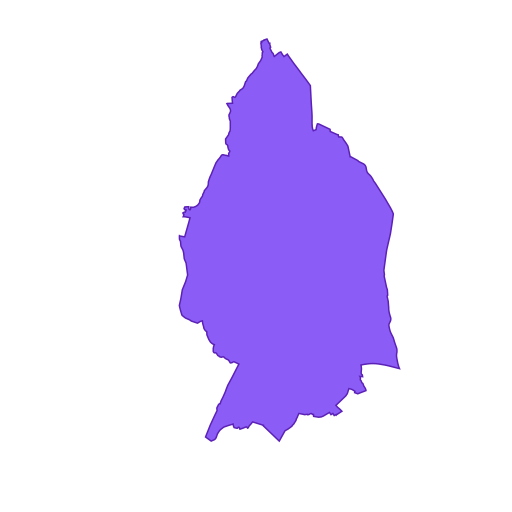 the district of Tomesti, Iasi, Romania, rotated 57°
{"feature_id": "2599482B1049926597477", "entity_name": "Tomesti", "entity_type": "district", "adm_level": 2, "iso_a3": "ROU", "parent_name": "Romania", "parent_adm1": "Iasi", "projection": "mercator", "projection_center": [27.701, 47.108], "detail": "fine", "context": "isolated", "style": "filled", "palette": "violet", "viewbox_px": 512, "rotation_deg": 57, "n_neighbors": 0, "source": "geoboundaries", "source_scale": "gbopen_adm2", "svg_char_len": 6083}
<svg xmlns="http://www.w3.org/2000/svg" viewBox="0 0 512 512"><g transform="rotate(57 256 256)"><path d="M428.8,237.1L428.2,236.8L426.6,236.4L423.7,236.4L421.2,235.8L420.8,235.9L420.1,236.2L419.1,236.1L418.2,235.8L416.9,236.0L416.6,235.9L416.3,235.6L414.8,234.7L414.1,234.4L413.6,234.4L415.3,232.3L413.6,231.6L412.5,231.9L411.7,231.7L410.6,231.0L410.0,230.5L408.5,229.3L407.4,228.6L404.6,227.3L405.8,224.3L407.2,221.3L408.2,219.3L409.9,216.5L411.6,214.1L413.3,212.0L417.6,207.3L418.0,206.9L419.2,205.7L421.2,203.8L428.6,197.0L426.6,196.6L423.1,195.5L421.4,194.8L418.9,193.8L416.5,192.7L414.8,191.5L413.4,190.2L411.8,189.1L410.1,188.3L404.4,186.9L399.3,185.4L393.9,184.8L391.6,184.3L388.7,183.3L386.4,182.3L385.5,181.5L383.8,178.7L383.0,177.8L381.9,177.0L380.7,176.5L379.0,176.1L375.7,175.0L373.1,173.8L371.7,172.9L366.0,169.8L361.4,168.1L360.9,167.8L360.8,167.1L360.1,166.6L355.8,164.2L353.4,163.6L342.5,159.4L341.7,158.5L337.7,156.6L323.9,144.7L321.6,142.6L310.5,131.1L302.8,124.2L296.0,118.3L295.4,117.9L292.9,117.4L289.0,117.0L278.5,116.5L260.2,116.3L257.4,116.5L254.9,116.2L251.9,116.2L250.5,116.4L247.9,117.0L246.9,117.1L245.7,117.0L244.9,116.8L241.8,115.5L240.8,115.2L239.7,115.1L238.6,115.2L237.4,115.6L232.9,118.3L231.9,118.6L231.5,118.6L224.3,122.5L224.1,123.0L215.0,119.5L213.9,119.1L210.6,119.0L206.5,119.2L204.0,119.1L202.9,119.3L201.1,121.8L199.1,121.0L198.2,121.9L192.0,125.9L190.1,124.9L179.5,131.4L178.7,132.3L178.7,132.8L179.1,133.1L179.9,134.1L181.0,135.3L181.9,136.1L182.5,136.5L182.7,136.9L182.2,139.7L180.3,139.3L177.9,138.3L176.8,137.6L175.8,137.1L169.2,132.8L166.5,131.2L157.2,126.0L142.7,117.6L134.9,118.0L127.1,118.6L124.5,118.7L115.1,119.4L106.1,119.8L103.7,119.8L104.0,123.9L101.8,124.1L98.4,124.0L98.0,125.8L98.5,130.6L98.6,132.0L97.9,132.0L95.9,131.4L95.1,131.4L94.6,131.5L94.4,131.7L94.2,131.7L89.7,131.2L89.3,131.1L89.0,130.8L88.9,130.0L86.6,129.4L86.0,129.2L85.1,128.5L84.6,129.2L80.0,128.6L79.2,131.7L79.5,131.8L78.9,134.8L80.1,135.0L80.0,135.9L83.4,137.5L83.6,137.9L86.2,138.8L88.6,139.0L88.9,140.0L90.8,141.3L91.1,141.7L92.6,142.5L94.6,145.6L96.1,149.4L96.5,149.9L97.8,151.6L98.7,153.3L99.0,153.9L99.5,156.2L100.8,160.1L100.7,160.9L101.7,164.4L102.3,166.1L104.0,168.6L104.1,169.7L107.2,173.6L107.6,174.5L108.0,175.2L108.2,176.1L108.3,177.2L108.2,178.9L108.4,179.4L108.8,180.4L108.9,181.2L109.4,183.1L109.8,183.9L111.2,186.2L111.4,186.8L111.5,187.3L111.2,187.6L110.1,188.1L109.9,188.4L109.8,189.0L109.9,189.7L112.6,191.2L113.4,191.6L115.1,192.5L112.4,197.0L112.3,197.4L114.8,197.6L117.8,197.5L118.8,197.6L120.1,198.1L120.6,198.4L121.1,198.9L121.9,200.1L122.2,200.6L122.7,201.5L123.1,201.9L124.0,202.5L125.4,203.0L126.4,203.6L128.9,204.1L134.3,207.6L136.4,209.1L137.0,209.7L137.6,210.9L138.2,211.8L139.4,213.0L141.3,217.8L144.1,219.5L145.4,220.1L146.4,220.0L147.0,219.6L147.8,219.5L149.7,220.4L150.8,220.7L151.6,221.0L152.4,221.1L153.1,220.8L153.5,220.8L154.2,221.2L155.1,223.1L157.3,224.5L156.6,225.2L155.6,225.9L154.8,226.9L153.1,228.5L152.7,229.4L152.9,230.6L153.2,231.0L154.2,233.6L154.6,235.3L156.1,238.9L158.9,243.0L163.1,249.0L164.7,251.6L165.6,252.8L167.8,255.5L169.9,257.0L171.2,258.4L171.9,259.9L173.1,263.8L173.8,264.4L175.4,267.1L176.1,267.7L176.8,268.6L177.2,269.9L178.5,272.5L180.3,274.1L180.8,275.0L181.5,277.0L181.6,278.0L181.6,279.7L181.1,281.9L179.5,284.2L180.2,284.6L180.8,285.2L181.3,285.9L180.9,286.6L179.8,286.6L178.0,285.6L176.1,288.9L176.6,289.4L176.7,289.7L176.6,289.8L176.9,290.4L177.5,290.6L178.1,290.6L178.8,290.0L179.3,289.5L180.0,290.1L179.8,290.6L180.7,291.4L180.2,292.2L180.1,292.8L180.1,293.9L181.1,294.1L181.6,293.7L182.6,294.5L183.4,295.7L184.4,294.2L188.0,290.5L191.6,294.5L201.1,305.4L197.6,309.1L197.3,309.2L197.4,309.3L200.3,311.1L202.7,311.4L206.1,313.2L207.3,313.7L211.5,314.1L214.2,315.1L219.3,317.7L223.9,318.5L234.7,323.7L239.1,328.9L244.2,336.2L251.0,342.4L255.7,347.2L257.4,347.9L260.4,348.9L264.7,350.2L265.7,350.3L269.5,349.0L273.5,346.4L275.3,345.7L280.4,341.7L280.5,341.2L280.5,339.6L280.6,338.0L281.2,336.3L283.4,337.4L286.9,338.5L288.4,339.1L290.0,339.2L291.5,339.0L292.6,338.5L295.4,340.1L300.1,341.0L303.4,341.1L305.2,340.6L306.6,340.0L307.6,339.2L308.2,340.1L308.7,340.7L310.1,342.1L312.2,343.5L312.9,343.9L313.8,343.9L314.5,343.7L315.0,342.8L315.4,342.5L316.0,342.2L317.2,342.2L318.0,342.2L318.6,342.2L319.2,342.0L320.0,341.4L320.5,341.5L322.0,340.3L322.6,338.4L323.4,337.9L324.3,337.8L326.1,337.1L327.2,336.3L328.3,335.8L329.5,335.7L331.5,335.8L331.7,335.7L331.9,335.4L332.4,334.2L332.4,333.1L332.6,332.1L337.3,329.2L345.0,342.6L349.0,350.0L351.2,353.1L353.4,356.0L356.7,361.1L358.4,364.1L360.4,366.6L360.1,367.0L360.0,367.5L360.1,367.8L360.3,368.6L361.3,370.1L361.7,371.1L362.6,371.9L364.4,372.8L367.2,377.4L373.0,386.6L380.3,396.9L386.8,394.4L387.3,391.4L387.4,390.8L387.2,389.6L386.6,388.3L384.2,385.2L382.9,382.4L382.4,380.9L382.2,379.5L382.0,377.3L382.0,375.8L383.2,371.1L384.5,366.7L385.7,367.3L386.7,367.6L388.0,367.8L390.1,365.8L390.3,365.5L390.3,365.0L390.1,364.7L390.0,364.4L390.1,364.0L390.2,363.7L390.4,363.5L390.8,363.5L391.1,363.5L392.5,363.8L393.1,361.5L393.4,360.2L393.7,358.4L394.1,357.1L394.9,356.9L395.8,356.8L395.8,355.9L395.4,355.8L394.6,353.6L394.3,352.2L393.3,349.2L402.0,342.0L402.2,342.4L423.9,337.3L418.4,326.9L418.4,325.9L418.6,323.7L418.5,321.5L418.3,318.6L417.8,317.5L417.4,315.6L416.8,314.6L416.1,312.8L415.6,312.2L415.4,311.6L414.6,310.9L413.9,309.5L412.9,308.1L411.4,305.8L414.6,302.5L415.2,302.0L415.4,301.8L415.7,301.3L416.4,299.8L416.8,299.1L417.2,298.8L417.4,298.9L417.8,297.9L417.8,296.8L417.9,296.3L418.0,295.8L418.3,295.4L418.5,295.1L419.2,295.1L419.8,294.8L420.2,294.1L421.9,295.0L425.3,291.3L426.5,288.9L426.9,286.7L427.2,279.6L429.9,279.5L429.9,277.3L432.4,277.3L432.6,275.2L433.1,275.3L433.0,274.9L433.0,268.5L431.0,268.9L429.7,269.2L427.2,270.0L424.7,270.3L424.6,269.3L423.5,263.6L422.7,259.4L422.2,256.8L421.5,255.3L421.4,254.8L421.0,254.2L420.2,253.2L419.6,252.5L417.8,250.3L418.9,249.3L419.3,248.9L420.4,248.1L421.6,247.5L423.4,246.7L424.3,247.7L427.0,245.7L427.4,243.6L428.8,237.1Z" fill="#8b5cf6" stroke="#5b21b6" stroke-width="1.5"/></g></svg>